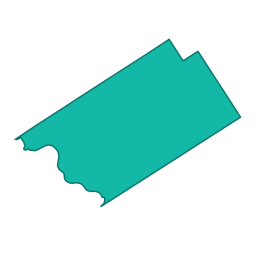 outline of Woodbury, Iowa, United States of America, rotated 327°
{"feature_id": "52423323B54538757084750", "entity_name": "Woodbury", "entity_type": "district", "adm_level": 2, "iso_a3": "USA", "parent_name": "United States of America", "parent_adm1": "Iowa", "projection": "robinson", "projection_center": [-96.343, 42.387], "detail": "fine", "context": "isolated", "style": "filled", "palette": "teal", "viewbox_px": 256, "rotation_deg": 327, "n_neighbors": 0, "source": "geoboundaries", "source_scale": "gbopen_adm2", "svg_char_len": 1019}
<svg xmlns="http://www.w3.org/2000/svg" viewBox="0 0 256 256"><g transform="rotate(327 128 128)"><path d="M182.2,76.2L153.6,76.0L96.5,75.8L91.8,75.9L51.3,75.8L27.6,76.1L28.7,77.3L32.9,77.5L32.9,80.4L32.8,83.6L32.2,85.4L32.4,86.4L32.2,87.0L29.6,88.2L29.1,89.1L29.8,90.5L31.3,91.2L32.3,90.9L32.8,91.4L33.8,93.2L37.9,96.5L40.5,97.0L45.8,97.5L48.3,97.8L49.3,97.9L52.5,99.0L54.9,101.8L55.1,102.3L56.1,105.7L56.4,108.7L56.2,110.2L55.3,112.9L54.5,114.4L48.7,120.8L48.3,121.7L47.8,123.9L47.9,126.0L49.3,129.6L49.5,131.2L48.2,134.2L47.4,135.5L47.2,136.3L47.1,137.5L47.2,138.5L48.2,140.9L49.6,142.7L50.8,143.7L52.4,144.6L55.4,146.1L57.5,148.4L58.4,149.6L58.8,150.6L59.0,151.3L59.2,152.8L59.2,156.3L59.8,158.0L61.0,159.8L62.1,160.8L65.7,163.0L67.0,164.3L68.2,165.9L68.8,167.3L69.1,168.7L68.7,171.2L68.5,171.6L70.2,173.6L70.2,174.3L70.0,174.7L68.0,177.2L67.0,178.0L66.3,178.2L64.8,178.4L62.1,179.1L87.5,179.3L228.3,180.2L228.4,101.8L210.8,101.7L210.8,76.0L182.2,76.2Z" fill="#14b8a6" stroke="#0f766e" stroke-width="1.5"/></g></svg>